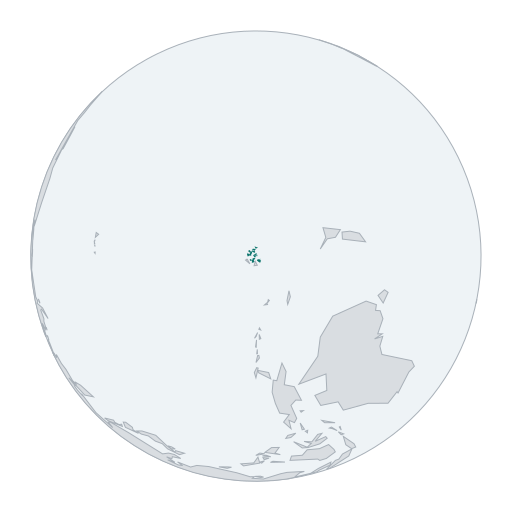 globe centered on Eastern, rotated 244°
{"feature_id": "FJI-2618", "entity_name": "Eastern", "entity_type": "Division", "adm_level": 1, "iso_a3": "FJI", "parent_name": "Fiji", "parent_adm1": "", "projection": "orthographic", "projection_center": [179.768, -18.91], "detail": "fine", "context": "on_globe", "style": "filled", "palette": "teal", "viewbox_px": 512, "rotation_deg": 244, "n_neighbors": 0, "source": "natural_earth", "source_scale": "10m", "svg_char_len": 7977}
<svg xmlns="http://www.w3.org/2000/svg" viewBox="0 0 512 512"><g transform="rotate(244 256 256)"><circle cx="256" cy="256" r="225" fill="#eef3f6" stroke="#a8b0b8"/><path d="M256.9,244.8L257.2,246.5L256.9,246.7L256.9,244.8ZM471.4,190.0L464.2,173.2L460.3,165.2L455.9,155.2L430.2,117.9L451.6,150.0L445.8,142.0L437.0,129.7L436.8,128.1L424.2,111.9L415.9,104.6L398.1,86.9L379.9,69.6L385.6,73.3L380.5,69.3L373.0,64.8L369.3,62.9L341.8,48.3L315.9,40.1L311.1,40.1L309.5,38.6L302.8,41.4L290.9,41.7L302.3,39.9L301.8,38.8L292.7,37.9L290.3,36.7L284.5,35.8L282.4,34.6L289.2,34.4L288.0,33.9L281.6,33.3L275.5,32.4L285.0,33.1L275.3,31.7L280.7,32.1L296.9,34.5L312.9,38.0L328.6,42.7L343.9,48.6L358.7,55.5L373.0,63.5L386.7,72.5L399.7,82.5L411.9,93.4L423.3,105.1L433.8,117.7L443.4,131.0L452.0,144.9L459.5,159.4L466.0,174.5L471.4,190.0ZM391.8,435.8L389.0,437.6L383.5,441.5L384.8,440.4L384.2,440.6L381.5,442.2L389.0,436.3L399.9,428.2L403.8,425.5L405.7,423.6L414.7,415.9L413.9,416.5L422.9,407.3L408.0,422.3L391.8,435.8ZM344.5,124.1L343.2,119.8L347.2,122.7L344.5,124.1ZM340.3,117.1L341.2,118.6L340.0,117.4L340.3,117.1ZM338.0,116.2L339.6,116.9L337.8,116.5L338.0,116.2ZM335.0,115.5L336.6,115.7L336.4,115.9L335.0,115.5ZM330.1,113.2L328.9,112.5L330.3,112.3L330.1,113.2ZM368.1,62.4L373.1,64.9L380.8,69.8L376.9,67.7L368.1,62.4ZM353.2,54.5L354.9,55.0L360.3,58.3L357.7,57.0L353.2,54.5ZM308.3,40.9L312.9,41.6L309.2,41.4L308.3,40.9ZM284.1,35.9L283.5,36.2L280.8,35.7L284.1,35.9ZM275.0,33.6L270.7,32.9L276.3,33.5L275.0,33.6ZM269.0,32.5L258.5,31.6L256.4,32.0L256.3,30.9L265.3,31.6L272.4,32.1L268.6,32.1L269.0,32.5ZM258.7,30.7L258.0,30.7L257.5,30.7L258.7,30.7ZM373.9,447.4L387.1,437.7L380.9,442.6L383.1,441.7L373.8,447.9L373.9,447.4ZM230.2,32.2L230.5,32.2L241.5,31.3L243.4,31.2L243.6,31.1L256.3,30.9L256.4,32.0L252.0,32.2L255.0,33.4L244.7,34.0L237.5,35.5L224.4,36.5L219.9,38.2L221.6,38.5L216.7,41.7L200.7,48.1L206.1,41.1L228.6,34.4L218.8,36.6L218.7,35.9L213.8,36.7L207.1,38.7L207.7,39.0L185.3,43.5L164.6,52.0L171.5,50.4L170.3,52.5L152.8,64.2L119.1,85.3L117.2,91.0L113.4,95.6L107.0,99.6L112.3,92.8L110.7,91.6L114.7,87.6L106.2,92.7L111.5,87.2L102.3,94.5L99.8,98.2L105.3,95.2L95.0,104.7L93.7,111.0L87.5,121.2L69.5,143.8L60.2,153.9L58.4,157.7L57.8,155.3L52.3,164.9L49.5,182.7L47.9,189.1L41.2,205.0L42.0,200.3L40.4,193.8L36.7,209.9L37.7,218.9L37.9,233.0L35.6,231.0L35.8,219.0L35.3,216.3L37.9,202.5L42.3,185.0L41.1,188.5L46.5,173.2L53.0,158.4L60.5,144.0L69.1,130.3L78.6,117.1L89.0,104.7L100.4,93.1L112.5,82.4L125.3,72.5L138.9,63.6L153.0,55.6L167.7,48.7L182.8,42.9L198.4,38.2L214.2,34.6L230.2,32.2ZM116.8,433.1L118.7,434.3L120.2,435.6L116.8,433.1ZM62.1,256.3L65.8,255.9L65.9,256.9L62.1,256.3ZM58.0,254.2L61.9,252.9L57.7,256.8L58.0,254.2ZM63.5,252.4L67.5,248.8L69.2,246.5L69.2,248.8L63.5,252.4ZM55.6,255.4L44.3,261.8L40.6,261.9L40.9,257.5L47.0,254.0L55.6,255.4ZM40.6,257.7L35.6,251.7L32.8,228.7L33.7,226.7L37.5,237.9L37.1,241.4L40.1,246.9L40.6,257.7ZM55.0,228.6L54.7,238.6L48.0,241.3L45.2,241.4L43.2,230.5L44.3,223.7L46.4,222.5L57.4,197.0L60.6,200.2L56.6,210.3L59.4,217.0L55.0,228.6ZM64.1,181.2L58.1,191.7L64.2,178.5L64.1,181.2ZM69.0,169.5L68.2,173.7L67.3,170.3L69.0,169.5ZM56.2,163.4L53.9,165.9L54.9,163.1L58.5,158.2L56.2,163.4ZM82.8,130.2L78.7,138.4L76.9,141.4L77.8,137.0L82.8,130.2ZM233.3,341.1L239.8,343.8L237.1,351.4L231.1,358.9L220.7,360.7L233.3,341.1ZM165.4,358.8L158.0,349.7L167.1,348.4L169.3,356.7L165.4,358.8ZM238.0,335.6L240.2,327.6L234.1,316.8L242.1,326.9L252.1,328.6L242.7,343.4L238.0,335.6ZM112.3,326.0L93.6,350.1L87.5,350.0L84.7,342.5L70.6,323.6L72.2,323.3L65.8,310.1L74.4,292.3L79.2,266.9L88.9,265.9L93.3,248.7L104.9,247.8L104.1,260.7L119.3,267.2L122.0,238.3L138.8,267.6L154.9,278.2L168.3,298.6L167.2,335.2L159.5,342.9L154.7,339.6L152.4,343.6L144.0,342.6L132.7,331.3L130.7,335.4L129.5,326.2L128.2,334.7L120.7,327.8L112.3,326.0ZM198.6,263.3L202.3,264.3L210.3,270.4L204.3,269.0L198.6,263.3ZM248.1,250.0L251.5,253.0L247.1,253.1L248.1,250.0ZM256.9,246.7L251.6,247.1L256.9,244.8L256.9,246.7ZM208.9,245.8L211.4,247.9L210.2,248.5L208.9,245.8ZM207.3,245.1L208.3,242.1L209.1,245.2L207.3,245.1ZM187.4,227.8L188.8,226.4L189.9,227.6L187.4,227.8ZM71.5,254.0L76.1,244.6L79.4,243.1L71.5,254.0ZM184.1,224.5L179.6,224.1L179.7,222.5L184.1,224.5ZM183.6,220.8L182.7,218.6L186.5,223.9L183.6,220.8ZM174.4,215.7L180.4,219.7L173.9,216.2L174.4,215.7ZM171.5,216.2L167.6,214.5L167.8,213.8L171.5,216.2ZM134.8,220.0L148.4,232.4L139.0,232.4L127.9,225.0L121.8,233.1L106.4,233.6L109.1,228.6L106.4,221.9L92.2,221.4L89.4,217.5L93.9,213.6L85.4,211.8L94.6,208.0L98.9,216.4L104.4,208.4L115.1,208.8L126.5,210.8L136.9,217.1L134.8,220.0ZM95.8,228.1L97.5,227.8L96.3,230.8L95.8,228.1ZM160.3,209.3L165.9,213.9L165.4,215.0L162.8,214.3L160.3,209.3ZM139.1,215.4L149.7,207.3L152.5,207.4L145.7,216.3L139.1,215.4ZM146.5,202.5L152.0,203.4L155.3,207.7L154.3,208.8L146.5,202.5ZM76.9,223.5L76.7,226.1L74.5,224.7L76.9,223.5ZM79.6,221.3L86.5,222.5L79.1,223.6L79.6,221.3ZM61.7,218.2L63.3,223.5L68.3,217.9L64.5,224.7L68.6,233.3L67.7,237.5L63.5,228.0L63.1,239.5L61.0,240.1L59.2,231.1L61.0,218.9L63.2,213.4L72.6,208.4L61.7,218.2ZM79.3,214.1L77.6,207.7L79.0,202.8L80.8,205.9L79.3,214.1ZM73.8,192.9L70.6,186.7L66.8,190.8L75.6,177.9L77.0,186.0L73.8,192.9ZM72.7,177.6L69.0,181.3L73.5,174.1L72.7,177.6ZM68.6,179.1L69.3,174.1L71.7,173.9L68.6,179.1ZM74.4,177.2L76.9,168.4L77.2,173.0L74.4,177.2ZM71.0,163.3L74.4,169.6L68.2,168.6L72.8,152.8L75.8,151.3L71.0,163.3ZM117.9,98.8L119.9,95.3L123.9,93.7L121.4,96.5L117.9,98.8ZM138.8,87.3L125.6,92.3L115.3,97.2L116.3,98.4L110.1,105.2L111.0,100.1L121.4,92.0L128.4,89.5L133.7,84.4L141.4,80.4L146.3,74.8L151.0,72.2L148.8,76.7L138.8,87.3ZM148.1,72.6L159.3,63.5L164.9,63.9L163.7,66.0L156.2,69.8L153.7,69.3L148.1,72.6ZM163.7,61.5L161.4,61.2L173.0,50.8L176.8,48.9L170.9,56.0L168.4,56.2L164.6,59.0L163.7,61.5ZM256.3,30.7L254.7,30.7L256.3,30.7Z" fill="#d9dde1" stroke="#a8b0b8" stroke-width="1"/><path d="M251.0,256.2L251.3,256.3L251.2,256.5L250.9,256.5L250.7,256.6L250.6,256.4L250.3,256.5L250.2,256.6L250.1,256.8L250.2,257.0L250.0,256.9L249.9,256.9L249.9,257.0L249.7,257.0L249.6,256.9L249.5,257.0L249.4,257.0L249.4,256.9L249.4,257.0L249.3,256.9L249.5,256.8L249.6,256.7L249.9,256.7L250.0,256.5L250.1,256.4L250.3,256.2L250.5,256.3L250.5,256.2L250.8,256.1L251.0,256.1L251.0,256.2ZM254.4,252.4L254.5,252.5L254.4,252.9L254.3,252.7L254.2,252.6L254.1,252.4L254.1,252.5L254.0,252.4L254.0,252.2L254.3,252.2L254.4,252.4L254.4,252.4ZM254.8,249.6L254.8,249.8L254.7,249.9L254.7,250.0L254.6,249.8L254.5,249.7L254.7,249.4L254.8,249.4L254.8,249.5L254.8,249.6ZM252.3,251.0L252.3,250.9L252.4,251.0L252.5,251.1L252.5,251.3L252.4,251.4L252.2,251.4L252.1,251.1L252.3,251.0ZM263.3,252.0L263.5,252.2L263.4,252.3L263.2,252.3L263.0,252.2L263.3,252.0ZM260.8,249.2L260.9,249.3L261.0,249.4L260.9,249.5L260.7,249.7L260.7,249.4L260.8,249.4L260.7,249.3L260.6,249.2L260.8,249.2ZM256.7,254.6L256.5,254.8L256.5,255.0L256.4,255.0L256.4,254.9L256.2,254.8L256.2,254.7L256.3,254.7L256.6,254.6L256.7,254.6ZM261.5,253.2L261.6,253.3L261.4,253.4L261.2,253.3L261.3,253.2L261.5,253.2L261.5,253.2ZM251.4,255.9L251.4,256.0L251.2,256.0L251.2,255.9L251.3,255.8L251.4,255.9ZM257.4,256.2L257.6,256.1L257.6,256.3L257.5,256.2L257.4,256.2L257.4,256.3L257.4,256.2ZM256.0,256.8L256.1,257.0L255.9,257.1L256.0,257.0L256.0,256.9L256.0,256.8ZM259.4,251.5L259.4,251.4L259.5,251.3L259.6,251.5L259.4,251.5ZM260.7,256.2L260.8,256.1L260.8,256.3L260.7,256.3L260.7,256.2ZM260.4,252.3L260.5,252.3L260.4,252.5L260.4,252.4L260.4,252.2L260.4,252.3ZM262.1,256.9L262.2,257.0L262.3,257.0L262.2,257.1L262.1,256.9L262.1,256.9ZM260.0,250.4L260.0,250.2L260.1,250.3L260.0,250.4ZM254.7,251.6L254.7,251.8L254.7,251.7L254.7,251.6ZM252.1,251.3L252.2,251.5L252.3,251.5L252.2,251.5L252.1,251.4L252.1,251.3ZM253.1,250.9L253.3,251.0L253.2,251.1L253.1,250.9ZM262.7,257.0L262.8,256.9L262.8,257.0L262.7,257.1L262.7,257.0ZM262.4,255.1L262.5,254.9L262.5,255.0L262.4,255.1ZM261.0,255.9L260.9,255.9L261.0,255.8L261.0,255.9ZM263.4,259.7L263.5,259.6L263.4,259.6L263.4,259.7Z" fill="#14b8a6" stroke="#0f766e" stroke-width="1.5"/></g></svg>